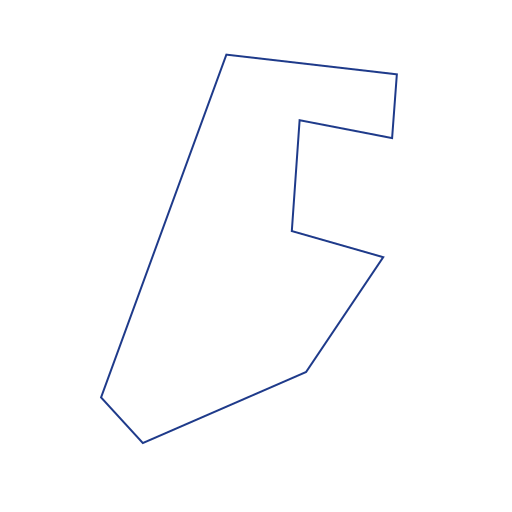 Pembroke, Albers equal-area conic projection, rotated 281°
{"feature_id": "BMU-5139", "entity_name": "Pembroke", "entity_type": "state/province", "adm_level": 1, "iso_a3": "BMU", "parent_name": "Bermuda", "parent_adm1": "", "projection": "albers", "projection_center": [-64.794, 32.299], "detail": "fine", "context": "isolated", "style": "outline", "palette": "blue", "viewbox_px": 512, "rotation_deg": 281, "n_neighbors": 0, "source": "natural_earth", "source_scale": "10m", "svg_char_len": 284}
<svg xmlns="http://www.w3.org/2000/svg" viewBox="0 0 512 512"><g transform="rotate(281 256 256)"><path d="M279.1,381.1L151.7,327.3L50.8,180.6L87.6,130.9L448.0,188.5L461.2,359.6L397.7,367.1L397.6,272.9L287.3,286.4L279.1,381.1Z" fill="none" stroke="#1e3a8a" stroke-width="2"/></g></svg>